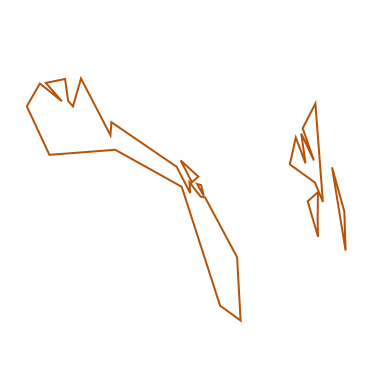 outline of Norway, rotated 79°
{"feature_id": "NOR", "entity_name": "Norway", "entity_type": "country or territory", "adm_level": 0, "iso_a3": "NOR", "parent_name": "Europe", "parent_adm1": "", "projection": "natural_earth1", "projection_center": [16.239, 69.249], "detail": "coarse", "context": "isolated", "style": "outline", "palette": "amber", "viewbox_px": 384, "rotation_deg": 79, "n_neighbors": 0, "source": "natural_earth", "source_scale": "50m", "svg_char_len": 731}
<svg xmlns="http://www.w3.org/2000/svg" viewBox="0 0 384 384"><g transform="rotate(79 192 192)"><path d="M309.0,186.1L184.9,201.1L135.9,259.3L128.3,324.9L76.3,337.8L56.5,320.6L78.1,302.4L57.0,314.7L56.8,295.0L78.9,296.2L85.3,292.5L59.4,279.3L120.7,261.2L108.1,257.8L164.4,202.2L192.7,194.0L182.1,192.6L198.2,184.4L199.8,180.2L264.6,160.2L327.5,168.8L309.0,186.1ZM128.7,54.0L226.7,65.4L206.2,69.5L183.6,90.7L158.3,79.7L185.5,75.1L155.5,73.6L184.3,66.3L150.6,71.2L128.7,54.0ZM194.5,49.8L240.3,46.2L278.8,52.4L194.5,49.8ZM216.2,68.4L243.2,74.0L260.1,76.8L223.2,80.2L216.2,68.4ZM178.1,182.8L182.4,190.2L158.9,197.1L178.1,182.8ZM187.0,181.7L197.9,181.2L185.1,185.5L187.0,181.7Z" fill="none" stroke="#b45309" stroke-width="2"/></g></svg>